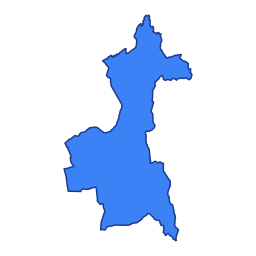 Manica, Manica, Mozambique (Natural Earth projection)
{"feature_id": "85939544B32725727804377", "entity_name": "Manica", "entity_type": "district", "adm_level": 2, "iso_a3": "MOZ", "parent_name": "Mozambique", "parent_adm1": "Manica", "projection": "natural_earth1", "projection_center": [33.017, -18.781], "detail": "fine", "context": "isolated", "style": "filled", "palette": "blue", "viewbox_px": 256, "rotation_deg": 0, "n_neighbors": 0, "source": "geoboundaries", "source_scale": "gbopen_adm2", "svg_char_len": 5821}
<svg xmlns="http://www.w3.org/2000/svg" viewBox="0 0 256 256"><path d="M145.1,16.4L144.6,17.0L144.4,18.0L143.9,18.5L144.3,19.3L143.9,20.4L143.5,20.8L143.0,20.9L143.3,22.6L142.9,22.9L142.7,23.5L143.0,24.9L142.8,25.1L141.8,25.3L141.5,25.9L141.1,25.2L140.9,23.8L140.7,23.8L140.0,24.1L139.0,25.0L137.8,26.7L137.5,27.7L137.0,28.0L136.9,29.2L136.6,29.4L136.5,30.8L136.1,32.3L134.4,35.5L134.2,36.8L134.8,37.8L136.1,38.9L136.5,39.7L136.7,41.0L136.3,45.6L135.8,47.1L135.2,47.9L130.1,51.6L129.9,52.0L127.6,53.3L126.5,53.7L126.4,52.9L126.1,52.3L126.0,51.3L125.4,50.7L125.5,49.9L125.9,49.5L126.0,48.7L125.7,48.6L125.0,49.3L124.2,49.1L124.1,49.5L122.4,50.4L121.7,51.5L119.9,52.4L119.4,53.0L119.4,53.7L119.3,54.0L118.5,54.0L117.1,54.7L116.9,54.6L116.8,54.1L116.6,54.2L116.2,55.5L114.7,55.4L114.8,55.9L114.1,55.7L114.0,55.8L114.3,56.2L114.0,56.6L113.5,56.7L112.9,56.2L112.7,56.2L112.1,57.1L111.9,56.9L111.8,56.1L111.7,55.9L110.9,55.4L110.6,55.4L109.7,56.6L108.5,56.8L107.8,58.0L107.8,58.6L107.4,59.0L107.1,58.6L106.7,58.6L102.9,60.6L103.2,61.4L105.2,63.1L106.2,64.8L108.4,67.0L108.8,67.7L106.5,75.5L107.2,76.5L108.8,77.8L110.7,78.6L110.5,81.3L111.2,85.9L121.6,104.1L121.8,106.6L121.6,108.3L121.2,109.2L120.6,109.7L119.3,114.9L118.7,118.0L117.7,121.0L117.0,122.3L116.7,124.5L116.1,125.3L113.9,127.5L112.9,129.0L111.3,129.9L110.8,130.8L110.0,131.6L105.0,132.9L104.5,132.9L103.9,132.6L100.0,129.8L98.1,128.1L96.7,127.3L95.8,127.1L89.7,127.8L88.9,128.5L87.1,129.7L85.2,131.8L82.0,132.4L80.8,132.8L79.5,134.3L79.0,135.2L78.3,135.9L77.5,136.2L76.4,136.2L75.9,135.7L75.0,135.6L74.6,135.7L73.9,136.5L72.5,137.3L71.3,138.6L69.9,139.0L67.7,140.6L65.3,142.8L65.0,143.3L67.0,147.3L67.8,147.2L68.1,147.6L67.9,148.1L67.9,148.6L71.0,156.0L71.2,157.1L70.3,157.5L70.6,160.6L70.9,161.9L71.5,163.2L72.9,165.0L73.8,166.0L73.9,166.3L73.7,166.6L71.0,167.1L67.8,168.3L64.9,168.7L64.1,169.0L66.1,176.2L67.4,186.4L68.3,191.2L80.6,191.5L81.0,191.0L81.7,189.7L82.1,189.3L83.9,189.0L87.6,189.4L94.0,187.4L95.7,187.2L96.0,187.4L96.5,189.7L96.7,193.4L97.3,197.2L97.3,200.8L100.2,204.5L102.0,203.8L102.8,203.7L103.1,204.0L103.4,205.2L103.2,206.5L104.9,211.3L104.6,212.3L103.7,214.1L102.9,217.3L101.5,221.2L101.2,222.8L100.7,229.8L102.4,229.5L104.3,230.0L104.9,229.9L105.6,229.4L106.8,227.2L107.7,226.7L109.8,226.1L111.3,226.1L114.7,225.1L116.2,225.0L122.0,225.3L124.6,225.1L128.0,225.2L130.1,224.7L132.8,223.2L137.0,222.7L141.6,219.4L143.3,217.0L146.1,215.5L146.8,214.9L147.8,213.5L148.3,213.4L149.5,213.9L151.0,215.1L153.2,217.3L154.5,219.0L155.4,219.7L156.5,220.2L158.7,220.1L159.0,220.3L159.8,221.6L160.1,222.4L160.2,223.4L160.9,225.1L161.5,225.5L163.1,225.3L163.7,226.4L163.6,226.9L163.9,227.7L163.6,229.6L163.6,231.3L163.3,232.5L164.6,233.4L165.2,235.0L165.9,235.3L166.2,235.1L167.1,234.0L168.2,233.6L168.5,233.7L169.7,235.3L170.4,235.9L172.2,236.7L172.6,237.2L173.0,238.6L173.4,239.3L175.7,240.2L175.9,240.6L176.4,240.3L175.9,239.0L176.1,237.8L176.1,236.6L176.6,235.8L176.9,233.8L177.6,232.9L177.5,231.9L178.3,230.7L178.4,229.7L177.8,229.3L177.6,228.8L175.5,227.0L174.6,225.0L174.5,224.3L174.9,223.6L174.8,222.4L175.0,221.3L174.8,219.8L175.5,218.5L175.3,217.9L175.2,216.1L174.9,215.7L174.9,214.5L174.1,213.3L174.0,211.9L173.8,211.2L173.8,209.7L173.4,209.0L173.2,207.6L172.9,206.9L173.0,205.9L172.3,204.7L171.2,204.3L170.7,203.8L169.7,202.1L169.3,199.8L169.3,197.4L168.7,196.4L168.6,195.9L168.0,195.4L167.8,194.9L167.9,193.9L167.8,192.9L168.2,190.9L168.7,189.3L169.6,187.4L170.3,185.3L170.0,185.2L170.3,183.0L170.2,181.3L169.7,180.2L169.0,179.6L163.3,170.8L163.4,163.3L161.6,163.0L160.5,162.1L160.0,161.9L158.2,162.7L157.6,162.7L155.4,161.3L154.6,161.5L152.4,162.9L151.7,163.0L150.9,162.5L150.0,162.7L150.7,161.0L150.3,160.3L150.4,159.6L149.7,158.4L150.0,157.6L150.3,157.0L149.6,155.6L149.7,155.3L149.5,152.1L148.8,148.3L147.3,146.2L147.0,144.4L146.4,143.7L146.1,143.0L146.3,141.4L146.0,140.3L146.1,139.5L145.8,138.9L146.1,137.5L146.2,135.8L146.0,134.7L145.7,134.5L145.5,133.9L145.5,132.4L145.7,131.4L149.0,131.3L151.7,130.2L154.1,127.9L154.6,127.1L154.9,126.3L154.9,125.7L154.5,124.6L153.1,122.2L152.9,120.2L152.8,114.3L152.4,113.3L151.3,112.1L151.1,110.8L151.8,108.9L152.6,105.8L153.5,102.9L153.3,101.8L152.4,101.3L152.2,100.2L152.5,98.2L152.7,91.1L153.0,89.7L154.3,87.8L155.2,85.8L154.9,83.3L155.2,81.5L155.9,81.6L156.7,80.4L157.5,80.0L158.8,78.8L159.8,77.1L160.8,76.1L161.9,75.6L162.3,75.8L163.0,77.2L163.4,78.9L164.2,79.9L164.8,79.9L165.4,80.3L166.0,80.3L166.7,79.7L167.7,79.5L169.9,80.0L170.8,80.4L171.0,80.4L171.1,79.7L171.3,79.5L172.6,78.7L174.2,78.5L176.6,80.1L176.8,79.4L177.3,78.8L178.6,78.7L179.5,78.2L180.4,78.4L181.8,78.3L183.6,78.4L185.0,78.2L186.0,77.7L186.8,78.2L188.1,79.3L189.2,79.7L190.3,78.9L191.2,77.9L191.2,76.6L191.9,75.5L191.9,74.9L191.3,73.4L190.2,72.4L190.6,71.3L190.6,68.9L189.2,69.4L188.9,69.2L188.5,68.4L188.1,67.0L188.1,65.4L188.4,64.1L188.1,63.5L187.6,63.0L186.9,62.8L186.3,61.8L185.0,61.5L184.5,61.1L183.1,60.9L182.2,60.2L181.3,59.1L180.3,58.7L180.0,57.9L180.0,57.0L181.0,55.4L181.1,54.6L180.3,54.6L175.0,55.4L172.9,56.3L171.8,56.6L170.7,57.2L169.0,57.1L167.5,58.0L166.8,58.1L166.5,58.0L166.0,56.8L164.8,55.9L164.6,54.7L163.8,54.1L162.7,52.7L162.3,51.0L160.8,49.6L160.2,48.2L160.3,46.9L160.6,45.7L160.3,44.0L160.7,43.3L160.9,42.5L161.8,40.7L161.7,39.4L161.1,38.5L160.9,36.8L160.2,35.2L160.9,34.5L161.0,34.2L160.5,33.9L160.1,34.1L159.2,34.1L159.0,33.7L159.0,32.9L158.9,32.6L157.4,32.7L157.2,32.9L157.1,33.7L156.9,33.9L156.4,34.0L155.3,32.8L154.0,32.0L153.1,31.9L152.9,31.4L153.2,30.9L153.2,30.3L153.4,30.0L153.7,29.2L153.5,28.0L153.0,27.4L153.1,26.6L152.4,26.4L150.6,26.8L150.2,25.9L150.1,21.1L149.9,20.5L150.2,20.1L149.9,19.7L149.2,19.5L148.9,19.2L149.4,18.1L149.4,17.5L149.6,17.0L149.4,16.1L149.0,15.7L149.0,15.4L147.3,15.8L146.6,15.4L145.9,15.5L145.6,16.2L145.1,16.4Z" fill="#3b82f6" stroke="#1e3a8a" stroke-width="1.5"/></svg>